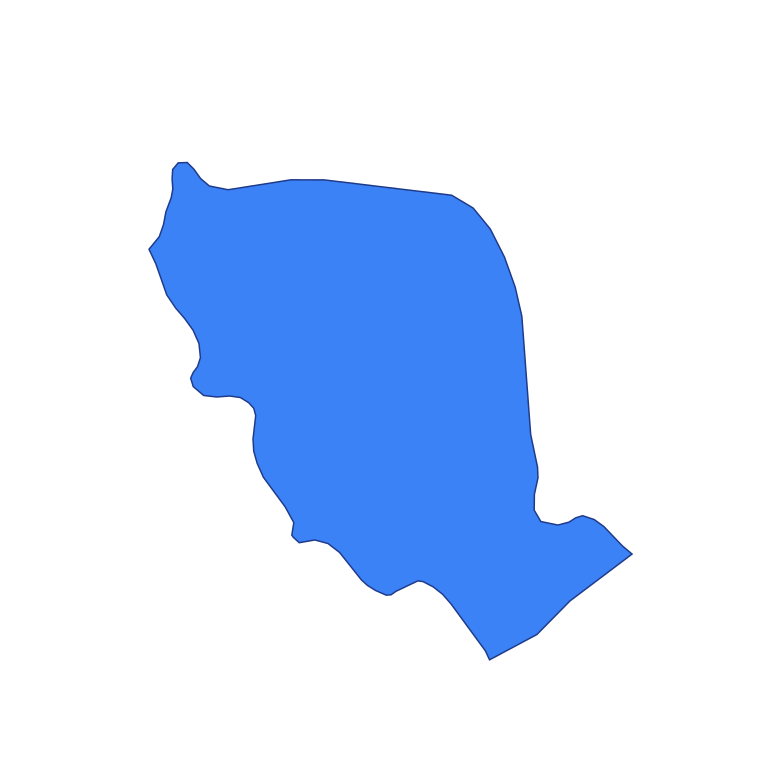 map outline of Apayao (Natural Earth projection), rotated 331°
{"feature_id": "PHL-2546", "entity_name": "Apayao", "entity_type": "Province", "adm_level": 1, "iso_a3": "PHL", "parent_name": "Philippines", "parent_adm1": "", "projection": "natural_earth1", "projection_center": [121.11, 18.109], "detail": "fine", "context": "isolated", "style": "filled", "palette": "blue", "viewbox_px": 768, "rotation_deg": 331, "n_neighbors": 0, "source": "natural_earth", "source_scale": "10m", "svg_char_len": 1152}
<svg xmlns="http://www.w3.org/2000/svg" viewBox="0 0 768 768"><g transform="rotate(331 384 384)"><path d="M232.9,481.7L230.4,474.2L230.1,471.5L237.9,461.5L238.0,443.6L233.3,407.1L234.6,391.9L237.5,379.6L242.7,368.7L256.5,349.4L258.3,342.2L256.6,334.8L251.8,326.2L243.2,319.7L231.3,314.2L220.7,306.6L215.9,293.8L217.7,285.2L222.7,281.4L229.3,278.4L236.2,272.0L241.8,258.9L243.1,244.5L241.4,230.1L238.6,216.7L237.2,200.7L242.7,168.4L243.8,152.2L258.9,146.2L268.5,137.6L276.8,127.6L288.1,118.0L293.8,111.1L298.1,101.9L303.2,93.9L311.2,90.8L319.3,94.9L321.9,104.1L323.2,115.4L327.2,126.1L341.8,138.5L401.4,160.2L430.8,176.6L534.7,251.7L547.3,273.4L552.1,300.0L550.9,331.4L545.7,362.9L537.4,391.6L487.8,499.3L478.0,531.1L473.2,540.7L462.0,553.5L454.2,567.2L454.5,580.3L467.6,591.6L478.8,594.5L486.8,594.0L493.9,595.5L502.1,604.4L507.2,615.3L514.0,641.2L518.5,653.0L441.5,663.9L396.3,677.2L342.6,676.4L343.3,666.6L336.0,608.8L333.3,596.3L328.7,585.3L322.3,575.7L318.1,572.6L293.9,571.1L288.1,571.8L283.6,569.8L276.5,560.5L271.9,552.2L269.3,544.6L263.5,509.9L257.7,496.4L247.9,486.9L232.9,481.7Z" fill="#3b82f6" stroke="#1e3a8a" stroke-width="1.5"/></g></svg>